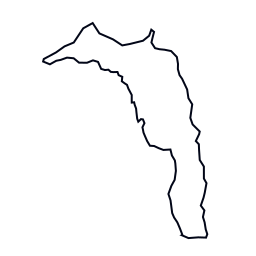 outline of Eledio, Paphos, Cyprus, rotated 8°
{"feature_id": "46923920B56719534080492", "entity_name": "Eledio", "entity_type": "district", "adm_level": 2, "iso_a3": "CYP", "parent_name": "Cyprus", "parent_adm1": "Paphos", "projection": "albers", "projection_center": [32.562, 34.811], "detail": "fine", "context": "isolated", "style": "outline", "palette": "ink", "viewbox_px": 256, "rotation_deg": 8, "n_neighbors": 0, "source": "geoboundaries", "source_scale": "gbopen_adm2", "svg_char_len": 1423}
<svg xmlns="http://www.w3.org/2000/svg" viewBox="0 0 256 256"><g transform="rotate(8 128 128)"><path d="M34.7,74.0L41.8,75.8L47.6,71.4L51.9,69.9L57.8,66.8L64.5,66.5L70.4,70.1L78.3,69.1L83.9,65.9L89.1,66.7L93.2,73.2L97.1,73.8L100.5,73.0L103.1,74.8L105.7,74.7L109.8,74.0L111.4,77.0L115.2,78.1L115.4,82.6L118.6,84.3L121.0,85.4L122.9,89.0L127.1,94.8L127.8,99.8L128.2,102.3L130.5,101.7L131.4,104.1L133.3,107.6L134.1,111.0L135.8,117.5L137.3,120.3L139.6,117.4L141.6,117.4L143.6,120.9L142.2,125.3L143.1,127.7L144.0,130.4L145.9,133.6L148.8,138.3L152.2,142.5L156.4,142.2L161.3,143.7L166.1,144.8L173.0,143.4L175.3,149.1L178.9,153.6L179.8,156.5L181.4,163.8L181.4,172.9L179.0,179.2L177.2,187.7L180.2,193.8L183.6,206.1L186.1,210.2L190.0,214.6L193.5,220.4L196.8,226.4L196.3,226.7L203.2,228.6L212.8,226.5L220.2,225.7L220.5,225.7L221.3,222.1L219.1,217.6L217.0,210.8L214.6,205.7L215.1,199.0L210.9,194.7L212.5,186.5L213.0,181.5L213.4,171.7L210.2,167.5L208.5,155.6L203.5,149.7L201.4,139.7L200.4,134.2L197.0,131.5L199.3,124.2L199.5,121.5L191.5,115.5L188.3,109.3L188.3,103.8L188.3,95.6L183.7,90.1L181.2,81.6L174.7,71.7L171.7,68.5L169.2,62.8L168.6,57.6L166.5,50.9L160.0,45.8L153.2,45.4L148.3,45.6L143.7,45.2L139.3,40.1L139.7,35.6L140.4,29.2L137.4,27.4L136.1,33.7L130.7,39.5L118.0,44.6L110.8,47.0L100.8,42.3L86.5,38.3L78.4,29.0L69.8,35.5L62.4,50.9L53.8,56.0L46.2,63.2L35.0,71.4L34.7,74.0Z" fill="none" stroke="#020617" stroke-width="2"/></g></svg>